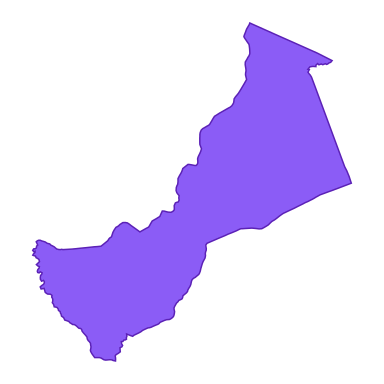 Senador Guiomard, Acre, Brazil (orthographic projection)
{"feature_id": "56859067B6491978564654", "entity_name": "Senador Guiomard", "entity_type": "district", "adm_level": 2, "iso_a3": "BRA", "parent_name": "Brazil", "parent_adm1": "Acre", "projection": "orthographic", "projection_center": [-67.514, -9.978], "detail": "fine", "context": "isolated", "style": "filled", "palette": "violet", "viewbox_px": 384, "rotation_deg": 0, "n_neighbors": 0, "source": "geoboundaries", "source_scale": "gbopen_adm2", "svg_char_len": 5269}
<svg xmlns="http://www.w3.org/2000/svg" viewBox="0 0 384 384"><path d="M332.1,60.6L317.3,53.1L308.1,49.0L294.2,42.8L279.3,36.2L249.8,23.0L249.3,24.5L248.4,26.0L246.6,29.1L246.0,30.7L245.4,32.4L244.8,33.9L244.2,35.4L243.9,36.7L244.6,38.0L245.4,39.2L246.1,40.2L247.1,41.7L248.0,43.0L248.9,44.2L249.2,45.4L249.4,47.0L249.6,48.7L249.7,50.3L249.8,52.2L249.8,53.8L249.0,55.8L247.9,57.4L247.1,59.0L246.3,60.3L245.3,62.0L245.2,64.7L245.5,66.6L245.9,69.0L246.0,70.9L245.6,73.0L245.5,74.9L246.6,79.5L244.1,83.9L241.9,87.6L240.6,89.8L238.4,93.3L237.1,94.9L235.5,96.8L234.1,98.9L233.9,101.1L233.6,102.8L232.9,104.1L231.8,105.8L230.1,107.2L228.5,108.0L219.9,112.9L214.5,116.3L213.4,118.0L212.5,119.5L211.8,120.8L211.1,121.9L210.3,123.3L209.4,124.7L207.9,125.7L206.7,126.3L205.6,127.0L204.2,127.8L202.8,128.6L201.3,130.0L200.5,131.8L200.1,133.0L199.9,134.6L199.9,136.2L199.8,138.0L199.8,139.3L199.8,140.6L199.8,142.4L199.9,144.5L200.7,146.7L201.5,148.8L200.7,151.4L199.7,153.7L198.7,155.7L198.0,157.3L197.6,158.9L197.8,161.1L197.8,163.0L197.2,164.4L196.1,165.5L194.2,165.4L193.0,165.1L191.3,164.8L189.6,164.5L188.0,164.4L182.8,168.5L182.4,169.9L181.6,171.9L180.9,173.3L179.7,175.3L178.8,177.0L178.0,178.6L178.0,181.8L177.7,184.3L176.9,185.8L176.3,187.5L176.1,190.6L176.8,192.6L177.5,193.7L179.1,195.6L178.8,197.9L179.1,200.2L178.2,202.0L176.5,202.4L175.4,202.9L174.2,205.6L174.3,208.0L174.3,209.7L173.2,211.1L171.1,212.3L168.0,212.1L164.2,211.1L162.3,211.0L160.5,214.9L159.8,216.5L158.1,217.5L156.4,218.6L154.1,219.9L152.2,221.0L150.6,223.7L149.5,225.7L148.6,227.1L146.1,228.4L139.9,231.9L136.2,229.2L133.7,227.4L131.0,225.5L129.4,224.2L127.4,222.9L125.2,222.5L122.8,222.6L121.3,223.6L120.0,224.4L118.4,226.0L115.9,227.4L114.1,230.1L112.9,232.4L111.5,236.8L109.7,238.0L108.8,239.0L107.8,240.7L104.0,243.8L102.4,245.1L101.0,246.2L97.1,246.6L94.2,246.8L85.8,247.7L82.7,248.0L80.6,248.2L75.0,248.8L71.7,249.1L62.9,249.6L61.7,249.3L60.4,249.6L58.7,249.5L56.7,249.0L55.4,247.9L54.3,246.9L52.5,245.9L51.0,245.2L49.7,243.9L47.2,243.3L45.3,242.0L43.5,241.4L41.6,240.9L40.4,240.3L38.8,240.2L37.3,240.8L36.2,241.8L37.2,243.8L37.7,245.1L36.6,246.1L36.4,247.9L35.3,248.7L33.6,248.9L32.7,250.4L33.8,251.7L35.1,251.3L34.9,252.6L33.4,254.0L32.8,255.2L34.1,255.7L35.5,256.1L36.1,257.7L37.5,258.4L38.9,259.4L39.5,261.6L38.0,263.1L36.4,264.6L37.9,266.0L39.4,266.6L39.1,268.0L37.8,269.6L37.3,271.2L37.7,272.5L39.1,272.9L40.3,271.8L42.1,272.8L41.7,274.3L40.6,275.4L40.3,277.5L40.4,279.3L41.6,281.2L43.5,280.4L44.4,281.8L44.1,283.5L43.3,284.5L41.6,285.6L40.2,286.9L41.1,289.0L42.8,288.7L44.1,288.4L44.6,290.1L45.2,292.3L46.5,293.4L47.8,294.1L49.1,294.1L50.6,294.3L52.0,295.4L51.7,297.1L52.5,298.4L52.8,299.8L52.7,301.2L52.3,302.7L53.3,303.9L53.9,305.4L54.2,306.8L55.8,307.1L57.1,307.5L58.2,309.0L58.5,310.5L60.1,311.5L60.4,313.0L61.1,314.2L61.5,316.1L63.6,317.6L64.8,320.1L66.8,320.7L68.9,321.5L69.8,322.7L71.2,323.5L72.6,324.5L74.4,324.6L75.8,325.5L76.8,326.3L77.9,327.4L79.0,328.3L80.6,328.5L81.6,329.4L82.1,331.2L82.9,332.2L83.7,333.2L85.8,335.5L87.0,337.1L87.3,339.0L88.2,340.6L89.3,341.6L90.5,343.3L90.6,344.8L91.0,346.8L90.8,348.5L90.4,350.2L90.7,351.5L91.4,352.8L92.1,354.0L94.7,357.6L99.5,357.6L101.2,358.1L102.6,359.0L104.0,359.8L105.8,360.1L107.8,359.9L110.0,359.7L111.9,359.9L113.1,360.5L115.5,361.0L115.6,359.3L115.5,357.5L115.2,355.9L116.0,354.7L118.2,353.4L120.3,351.8L120.1,350.0L120.0,347.7L121.9,346.8L122.6,345.4L121.6,343.8L121.3,341.6L122.8,341.5L124.0,340.0L125.3,339.9L126.5,339.2L126.3,337.9L126.9,336.2L126.6,334.0L130.6,335.6L132.7,336.3L134.0,335.2L138.6,333.0L140.8,331.8L142.6,330.4L144.4,329.5L147.9,327.9L149.5,327.7L151.0,327.3L153.3,326.2L156.1,325.0L157.9,324.3L159.0,323.6L160.1,322.3L162.0,321.5L164.5,320.4L166.6,319.7L169.4,319.5L170.7,318.9L172.2,317.8L173.4,316.6L174.0,315.1L174.4,313.2L174.6,311.6L174.1,309.4L174.0,308.0L174.6,306.5L175.5,304.9L176.5,303.1L178.0,301.7L178.8,300.4L180.7,299.6L182.1,298.8L182.6,297.6L183.0,295.7L186.4,292.9L187.5,291.5L187.9,289.9L189.1,287.8L190.0,286.4L190.8,284.5L191.2,282.6L191.5,281.2L192.2,279.5L193.7,278.2L195.2,277.4L197.7,275.3L198.7,274.5L199.4,273.4L200.3,271.0L200.8,268.6L201.2,267.3L201.8,265.2L202.5,263.0L203.2,261.4L203.9,260.1L205.0,258.1L205.5,255.7L205.3,253.6L205.6,251.9L206.2,250.3L206.3,248.5L206.0,247.0L205.8,245.0L207.0,243.3L210.0,242.0L219.0,238.1L223.1,236.4L225.0,235.6L228.2,234.1L231.6,232.8L236.4,230.8L239.2,229.4L240.9,228.7L242.5,228.7L245.2,228.5L251.8,228.1L256.0,228.5L259.1,228.9L261.8,228.7L263.5,227.8L264.9,227.0L266.4,226.1L268.3,224.9L270.2,223.0L271.9,221.4L274.5,219.9L276.8,218.2L279.4,216.1L281.6,214.5L283.4,213.3L285.2,212.5L286.6,211.8L290.0,210.2L294.3,208.2L297.6,206.5L303.1,203.8L304.5,203.0L306.2,202.2L307.5,201.7L308.7,201.1L310.6,200.1L312.1,199.4L314.4,198.1L315.8,197.2L317.7,196.2L318.9,195.5L320.2,194.8L322.4,194.0L325.4,192.9L329.2,191.5L331.2,190.8L333.4,190.0L334.9,189.4L336.6,188.8L351.3,183.2L349.1,176.4L346.7,170.6L344.7,166.8L340.7,156.0L315.2,87.0L311.5,77.1L310.2,75.0L309.0,73.7L308.0,72.2L309.3,69.6L307.9,69.3L308.8,68.2L310.0,66.8L312.9,66.4L314.3,66.5L315.9,66.6L315.9,65.2L317.6,63.6L318.9,64.8L321.2,64.0L322.8,64.7L325.3,63.7L326.5,64.4L327.7,64.0L328.9,63.0L330.7,62.3L332.1,60.6Z" fill="#8b5cf6" stroke="#5b21b6" stroke-width="1.5"/></svg>